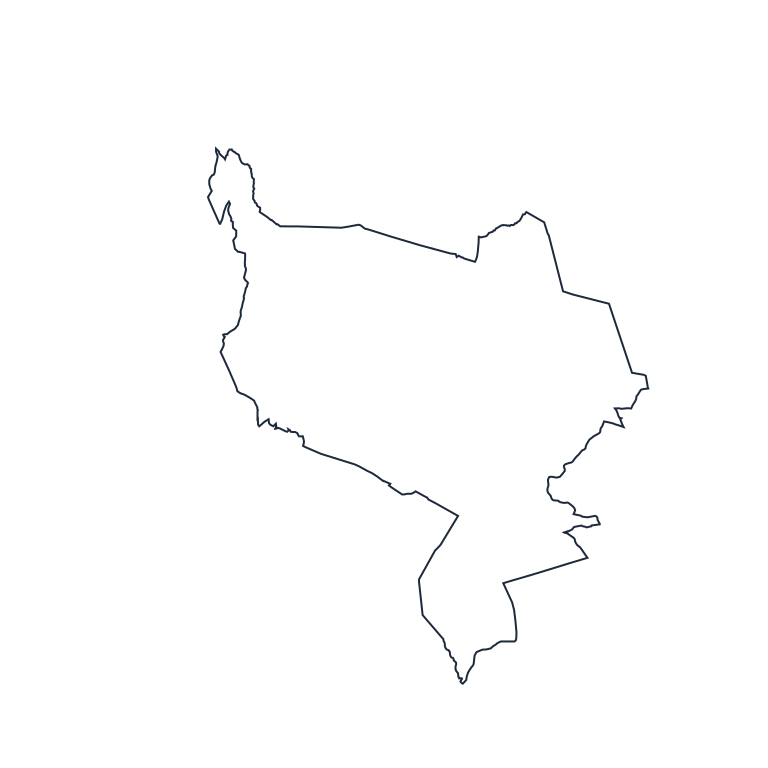 the district of Tlazazalca, Michoacán, Mexico, rotated 210°
{"feature_id": "50627088B28595792549416", "entity_name": "Tlazazalca", "entity_type": "district", "adm_level": 2, "iso_a3": "MEX", "parent_name": "Mexico", "parent_adm1": "Michoacán", "projection": "orthographic", "projection_center": [-102.046, 20.015], "detail": "fine", "context": "isolated", "style": "outline", "palette": "slate", "viewbox_px": 768, "rotation_deg": 210, "n_neighbors": 0, "source": "geoboundaries", "source_scale": "gbopen_adm2", "svg_char_len": 6154}
<svg xmlns="http://www.w3.org/2000/svg" viewBox="0 0 768 768"><g transform="rotate(210 384 384)"><path d="M155.0,466.5L158.0,468.5L161.9,471.7L161.3,473.0L162.7,472.7L163.8,472.7L165.1,473.6L167.4,475.7L169.1,477.1L171.8,478.3L168.1,480.6L166.0,481.2L161.0,484.8L157.7,486.4L158.1,490.5L157.9,493.1L157.9,495.5L158.2,497.3L159.2,499.5L158.8,502.0L158.8,504.2L158.6,507.5L157.6,508.6L156.2,509.8L152.9,512.2L153.6,512.7L161.4,522.0L163.8,521.8L174.8,517.7L229.3,566.0L265.3,555.9L275.3,553.8L315.8,595.3L317.0,595.7L326.1,604.1L346.7,604.1L346.9,602.9L346.8,601.8L347.1,601.2L348.4,600.4L348.1,596.3L348.2,593.1L349.4,590.9L349.5,590.0L349.8,589.3L350.8,588.8L351.0,587.0L351.6,586.1L353.0,585.6L353.7,585.0L354.1,583.7L355.4,583.6L356.5,582.7L357.8,582.5L359.0,581.8L360.2,581.3L360.4,580.8L361.2,580.5L361.9,579.6L363.7,576.2L364.7,574.9L364.8,572.4L365.9,571.7L365.9,570.4L367.5,568.5L368.7,567.2L368.7,565.8L369.2,563.4L370.1,562.4L373.4,559.4L374.1,559.2L375.4,559.1L375.6,559.0L372.7,553.6L369.0,545.6L367.2,541.1L366.6,538.5L366.4,536.9L366.3,535.3L377.6,532.7L378.7,533.0L379.9,532.5L383.6,532.4L384.5,530.3L386.9,532.4L391.5,530.3L422.5,522.1L451.4,515.2L474.8,510.0L478.2,509.0L483.5,509.7L485.7,509.2L493.5,502.5L499.1,498.0L537.6,477.3L552.6,468.7L556.4,469.1L556.9,468.6L563.4,469.9L563.8,469.4L568.5,470.2L577.7,470.8L578.3,472.8L579.4,474.7L582.3,474.8L583.3,475.2L584.0,476.0L585.2,476.7L586.7,476.7L587.8,478.0L588.4,478.2L589.5,478.6L590.3,479.4L590.8,480.7L591.6,481.8L592.3,484.0L593.8,485.5L594.1,488.4L595.3,488.8L596.3,490.4L597.0,492.7L597.8,493.8L599.1,496.4L600.6,496.6L601.8,497.3L602.5,498.0L603.6,499.8L604.3,500.2L604.7,501.1L605.7,501.9L606.5,503.8L608.1,504.1L608.6,504.4L609.5,505.7L609.8,505.8L610.6,505.6L612.1,506.1L614.2,504.6L615.7,504.4L617.2,504.4L618.9,505.1L621.5,507.1L624.5,509.9L627.9,509.8L628.4,510.1L629.6,510.2L630.2,510.0L631.0,510.1L631.5,510.3L632.4,510.3L633.1,511.0L635.1,509.7L635.3,507.2L635.0,505.7L634.1,504.3L634.9,502.9L634.0,499.1L635.3,499.8L639.0,500.5L641.8,501.3L643.2,502.8L647.1,503.8L645.6,501.2L642.1,498.3L641.4,496.9L639.8,492.0L639.0,488.5L637.7,485.4L636.6,483.1L636.1,481.0L636.3,479.8L637.2,478.9L637.6,475.4L637.2,473.1L635.9,470.8L634.9,469.3L631.4,466.1L629.7,465.1L629.9,457.9L628.0,456.2L606.6,440.6L606.0,440.8L606.4,445.5L608.8,453.6L609.8,459.6L609.5,464.4L607.4,463.0L606.8,459.1L606.0,456.7L603.3,453.8L600.5,452.2L598.6,450.6L598.3,449.2L597.7,448.7L597.1,448.7L596.0,448.9L594.7,446.5L592.7,443.7L588.6,442.9L586.0,438.2L585.9,437.1L586.4,433.0L580.6,426.5L576.4,425.5L575.7,426.0L569.8,427.6L569.1,427.0L566.1,421.5L565.2,419.3L564.2,418.2L563.8,417.0L561.4,415.0L560.4,413.4L558.4,406.0L556.0,404.6L553.8,404.1L552.6,403.7L552.2,403.4L552.3,402.9L551.4,399.8L551.6,397.5L551.2,397.1L549.6,391.3L549.5,390.3L548.8,388.9L548.1,388.4L548.0,387.5L547.4,386.3L547.1,384.3L545.6,379.9L544.6,375.4L542.1,371.5L541.2,366.3L540.0,362.1L540.7,357.4L543.5,352.2L544.9,348.6L547.3,347.1L547.9,346.2L546.4,345.2L545.5,345.2L545.3,343.7L545.5,341.9L544.7,340.5L543.2,339.3L542.1,337.2L541.6,332.7L541.6,330.1L524.3,317.8L510.5,307.5L507.4,304.5L504.7,304.2L502.3,304.4L500.8,304.8L498.6,305.0L493.8,305.0L491.0,304.9L488.1,304.6L486.6,303.4L482.0,300.4L481.2,299.0L480.2,298.4L480.1,297.5L476.8,291.7L476.8,292.0L476.6,292.0L472.7,285.8L470.9,285.0L470.1,287.1L468.5,291.8L466.3,295.8L464.0,292.6L462.2,291.9L458.8,292.0L457.8,295.6L456.6,294.1L455.9,292.0L455.8,290.9L454.6,291.9L454.5,292.8L451.9,293.5L450.2,293.5L449.0,293.7L445.7,293.8L443.9,294.3L443.4,296.3L444.2,297.0L442.0,296.9L441.7,296.5L441.3,296.2L440.9,296.0L439.4,296.6L436.9,298.0L434.4,298.1L434.2,297.8L432.3,296.6L431.4,296.2L428.2,298.1L425.2,295.0L424.2,293.6L423.1,289.9L420.8,290.0L403.7,292.0L369.4,299.7L364.8,300.2L355.0,300.4L350.0,300.8L343.8,300.5L336.5,299.6L336.5,299.8L328.7,300.7L329.0,298.6L325.4,298.2L313.1,297.4L310.8,298.8L309.8,299.9L307.9,301.3L306.4,301.9L305.6,302.6L305.0,303.2L303.9,304.9L303.0,306.8L294.7,307.0L292.6,307.0L289.8,307.2L287.7,306.2L280.3,306.5L253.9,306.8L254.6,272.9L255.9,267.3L256.5,265.5L256.0,232.5L255.2,230.8L235.0,203.2L207.1,193.4L205.3,192.9L203.8,191.2L202.7,190.6L201.6,189.6L200.4,187.7L199.1,186.4L197.2,185.4L195.4,185.7L195.0,185.5L194.6,185.7L194.0,185.2L193.2,185.0L191.4,182.5L190.1,181.4L188.8,180.9L187.0,181.2L186.0,180.4L185.3,179.4L183.9,179.2L182.4,178.8L181.4,177.5L180.8,175.1L179.7,173.2L178.6,172.0L177.7,171.4L175.2,170.5L173.5,168.0L172.8,167.4L172.7,167.5L172.0,167.2L171.7,166.7L169.6,168.0L169.1,167.8L169.1,164.6L168.2,164.3L167.6,163.9L165.9,163.9L164.8,168.7L166.2,172.5L166.9,176.0L166.9,179.4L166.6,182.8L166.2,185.1L166.6,186.9L169.0,192.3L169.8,194.5L169.8,198.1L166.0,203.1L162.5,205.4L159.4,208.4L158.4,211.6L157.2,213.6L156.1,216.5L154.1,219.4L142.2,226.3L141.7,227.8L142.3,229.9L145.1,235.2L152.0,244.9L158.4,253.4L163.8,258.9L181.1,271.1L175.3,277.3L160.1,293.2L133.7,321.6L120.9,335.2L132.4,340.6L136.1,341.1L137.8,341.9L139.5,343.0L141.3,345.0L142.6,345.6L149.2,346.1L150.1,346.5L150.4,346.2L151.6,346.6L151.8,346.0L152.9,345.5L153.8,345.5L150.1,349.5L148.4,352.0L148.0,355.0L146.5,356.5L142.1,360.2L140.4,360.2L138.9,360.9L136.9,361.1L133.3,364.5L133.5,365.3L127.0,370.3L127.4,370.9L131.0,373.0L132.2,374.7L132.8,375.2L134.4,375.5L135.2,375.4L141.1,370.3L146.1,368.2L147.6,368.4L154.7,366.1L155.3,370.2L157.0,371.6L159.0,372.4L164.5,373.2L165.8,373.1L168.3,371.2L170.6,370.3L172.3,369.8L173.5,369.7L174.6,370.1L178.7,368.2L179.8,368.0L181.0,368.3L182.5,369.3L183.7,370.5L187.9,372.0L189.6,374.0L190.2,375.5L190.6,377.4L191.0,378.7L193.1,381.5L194.0,382.9L194.3,384.2L194.4,386.1L192.3,387.6L188.2,389.0L187.2,389.7L185.3,391.5L184.6,394.9L184.0,399.1L184.8,400.5L185.7,401.4L186.6,402.0L187.3,403.3L186.9,405.1L183.7,408.7L182.9,409.2L182.1,410.4L181.7,412.1L181.5,414.6L180.8,418.1L180.2,419.7L179.8,422.0L179.5,424.2L179.1,425.8L178.3,426.7L177.6,428.0L177.4,429.2L178.0,430.8L178.4,432.8L178.3,438.4L176.2,443.7L173.0,449.1L172.8,450.6L173.2,451.6L173.7,452.3L174.1,454.0L173.9,456.7L174.7,461.6L170.7,463.0L165.9,464.4L164.0,464.6L159.3,465.7L155.0,466.5Z" fill="none" stroke="#1e293b" stroke-width="2"/></g></svg>